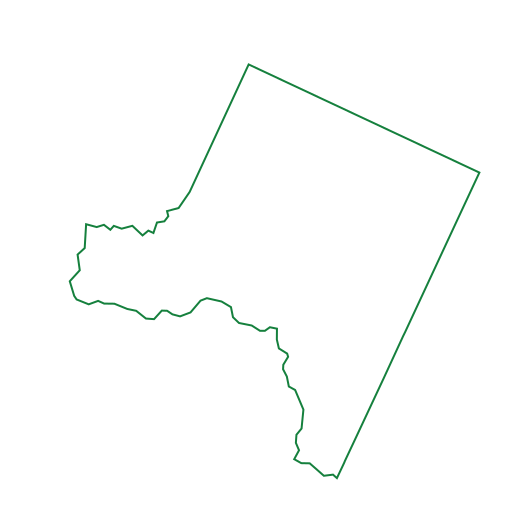 the district of Whitman, Washington, United States of America, rotated 25°
{"feature_id": "52423323B58326499473481", "entity_name": "Whitman", "entity_type": "district", "adm_level": 2, "iso_a3": "USA", "parent_name": "United States of America", "parent_adm1": "Washington", "projection": "mercator", "projection_center": [-117.62, 46.839], "detail": "fine", "context": "isolated", "style": "outline", "palette": "green", "viewbox_px": 512, "rotation_deg": 25, "n_neighbors": 0, "source": "geoboundaries", "source_scale": "gbopen_adm2", "svg_char_len": 1140}
<svg xmlns="http://www.w3.org/2000/svg" viewBox="0 0 512 512"><g transform="rotate(25 256 256)"><path d="M423.2,139.7L423.2,128.6L423.2,117.5L423.2,108.8L423.2,99.8L423.2,86.0L206.4,85.6L168.4,85.5L168.8,226.0L165.6,245.2L156.4,252.9L159.7,257.0L158.3,263.3L152.1,267.5L153.3,278.5L147.7,278.5L144.5,285.3L131.2,280.9L122.7,288.0L114.4,288.8L112.9,293.8L105.0,292.0L99.4,297.1L88.6,299.0L97.4,321.2L93.7,330.1L102.3,343.4L97.9,357.6L108.1,369.0L111.8,371.2L124.8,370.5L131.9,363.4L138.5,363.3L147.8,359.1L161.7,358.4L170.6,356.3L182.7,359.2L190.3,356.3L193.7,345.3L198.6,343.2L204.9,344.2L212.7,342.8L220.5,334.8L224.6,319.9L229.3,315.0L244.0,311.8L254.9,312.9L261.0,321.2L268.9,323.9L281.5,320.8L291.2,322.1L295.7,320.0L298.7,314.7L305.7,313.0L310.2,322.9L315.8,330.1L325.5,331.3L327.7,333.8L326.7,343.0L328.4,347.2L334.9,352.2L340.9,360.4L348.1,360.9L363.9,375.2L370.2,393.1L368.2,400.9L371.1,408.5L377.1,413.9L376.5,424.0L384.6,424.6L392.3,421.2L410.4,426.5L418.2,421.6L423.2,423.1L423.3,408.3L423.3,405.6L423.2,404.7L423.3,376.6L423.4,312.7L423.2,266.2L423.3,262.0L423.2,139.7Z" fill="none" stroke="#15803d" stroke-width="2"/></g></svg>